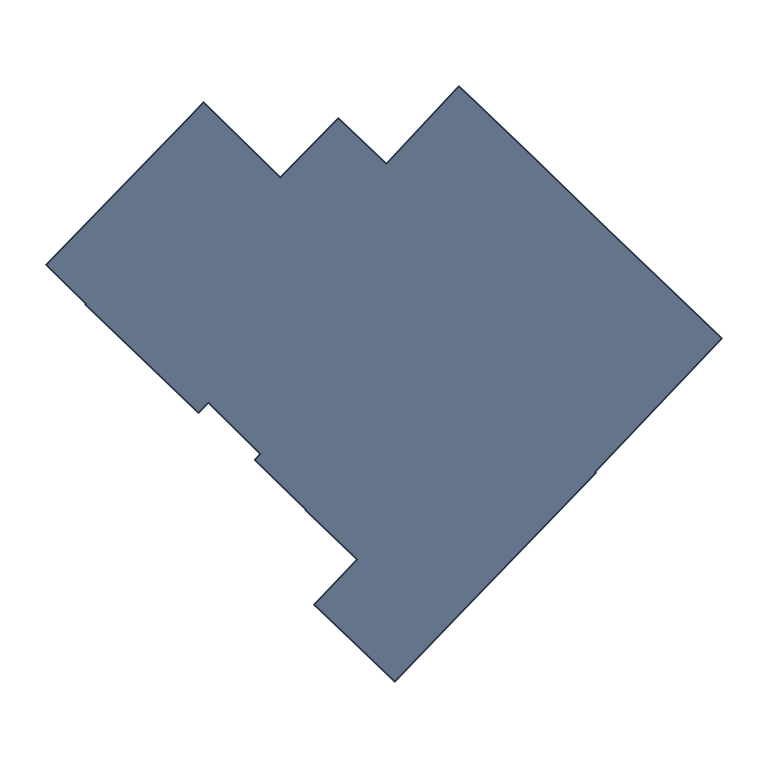 outline of 9 de Julio, Buenos Aires, Argentina
{"feature_id": "61730980B74686542739453", "entity_name": "9 de Julio", "entity_type": "district", "adm_level": 2, "iso_a3": "ARG", "parent_name": "Argentina", "parent_adm1": "Buenos Aires", "projection": "albers", "projection_center": [-61.024, -35.536], "detail": "fine", "context": "isolated", "style": "filled", "palette": "slate", "viewbox_px": 768, "rotation_deg": 0, "n_neighbors": 0, "source": "geoboundaries", "source_scale": "gbopen_adm2", "svg_char_len": 475}
<svg xmlns="http://www.w3.org/2000/svg" viewBox="0 0 768 768"><path d="M354.6,643.3L394.8,681.8L458.2,615.7L596.0,472.9L595.1,472.1L721.9,338.4L670.3,289.0L608.3,229.9L532.3,156.1L475.9,102.2L458.9,86.2L458.2,86.8L386.4,163.7L338.3,118.1L280.3,177.3L203.5,102.2L189.6,116.9L46.1,264.8L85.9,303.9L85.3,304.6L198.5,413.0L208.4,402.8L260.2,454.0L254.7,459.9L305.9,509.7L305.4,510.1L357.0,559.5L314.0,604.7L354.6,643.3Z" fill="#64748b" stroke="#1e293b" stroke-width="1.5"/></svg>